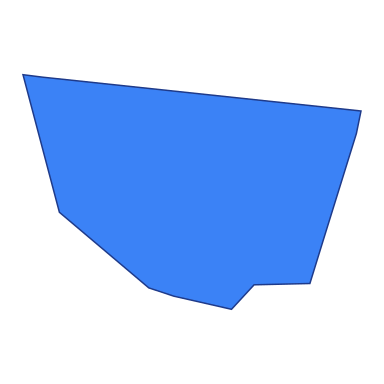 the district of Sullivan, Pennsylvania, United States of America
{"feature_id": "52423323B85598258379777", "entity_name": "Sullivan", "entity_type": "district", "adm_level": 2, "iso_a3": "USA", "parent_name": "United States of America", "parent_adm1": "Pennsylvania", "projection": "equal_earth", "projection_center": [-76.467, 41.433], "detail": "fine", "context": "isolated", "style": "filled", "palette": "blue", "viewbox_px": 384, "rotation_deg": 0, "n_neighbors": 0, "source": "geoboundaries", "source_scale": "gbopen_adm2", "svg_char_len": 271}
<svg xmlns="http://www.w3.org/2000/svg" viewBox="0 0 384 384"><path d="M361.0,111.0L42.9,77.2L23.0,74.7L59.4,212.3L148.8,287.9L173.9,296.2L231.5,309.3L254.1,284.8L309.9,283.5L325.2,233.9L356.4,133.5L361.0,111.0Z" fill="#3b82f6" stroke="#1e3a8a" stroke-width="1.5"/></svg>